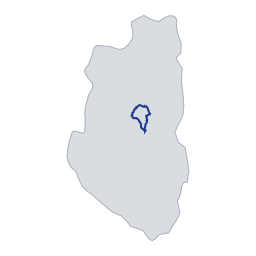 location of Langthil, Tongsa, Bhutan, rotated 270°
{"feature_id": "84629894B85731212133965", "entity_name": "Langthil", "entity_type": "district", "adm_level": 2, "iso_a3": "BTN", "parent_name": "Bhutan", "parent_adm1": "Tongsa", "projection": "orthographic", "projection_center": [90.569, 27.339], "detail": "fine", "context": "in_parent", "style": "outline", "palette": "blue", "viewbox_px": 256, "rotation_deg": 270, "n_neighbors": 0, "source": "geoboundaries", "source_scale": "gbopen_adm2", "svg_char_len": 4854}
<svg xmlns="http://www.w3.org/2000/svg" viewBox="0 0 256 256"><g transform="rotate(270 128 128)"><path d="M209.9,108.6L209.6,110.3L207.7,114.9L206.5,119.9L207.6,124.0L211.9,128.8L217.6,132.6L224.9,132.8L231.6,131.3L234.3,131.8L238.0,138.3L240.6,143.9L237.2,149.7L235.3,154.8L234.7,158.4L235.1,159.9L237.3,162.8L239.9,167.8L240.3,172.3L238.7,175.4L235.3,176.9L231.6,176.5L228.5,176.6L224.7,177.2L218.8,178.9L213.2,181.2L202.8,180.8L198.6,176.4L196.7,176.4L187.2,182.3L176.9,181.3L158.1,183.3L150.2,183.8L142.2,183.1L138.1,181.9L130.5,177.8L123.6,174.8L116.6,177.5L114.2,178.0L108.5,185.0L96.3,187.3L84.2,188.9L80.6,188.0L73.8,187.5L73.6,185.9L73.8,184.3L72.2,183.0L69.5,181.6L64.7,181.1L58.6,179.3L55.1,177.5L42.6,179.9L35.4,176.1L27.3,170.9L23.1,168.6L21.7,160.7L20.3,158.2L17.1,155.4L15.4,152.3L16.9,149.1L25.1,143.2L25.8,141.8L29.7,130.6L35.0,126.6L40.2,121.0L44.2,112.1L51.8,102.9L60.2,93.5L65.9,85.9L69.7,82.3L77.5,78.5L84.0,76.3L88.5,71.2L93.9,68.3L99.5,67.1L107.7,67.8L115.5,69.7L124.0,72.2L124.9,74.3L124.2,78.0L123.0,81.7L122.9,83.6L124.2,84.6L132.6,85.4L142.8,84.8L148.5,85.3L161.3,88.7L165.0,91.1L168.9,92.9L172.7,92.6L177.5,88.6L182.6,85.2L185.8,84.7L188.0,85.7L192.1,88.9L200.5,91.9L208.1,94.1L210.5,96.2L209.8,105.5L209.9,108.6Z" fill="#d9dde1" stroke="#a8b0b8" stroke-width="1"/><path d="M125.8,145.7L126.1,145.4L126.2,145.1L126.3,145.0L126.7,144.8L126.9,144.7L127.0,144.7L127.6,144.7L127.9,144.7L128.4,144.9L128.9,145.0L129.2,145.1L129.3,145.1L129.7,145.2L129.9,145.3L130.1,145.4L130.2,145.5L130.4,145.5L130.7,145.4L130.9,145.4L131.1,145.4L131.3,145.4L131.8,145.6L132.0,145.8L132.3,146.0L132.5,146.0L132.8,146.1L133.0,146.3L133.1,146.6L133.3,146.7L133.5,146.8L133.8,146.8L134.0,146.8L134.4,146.9L134.8,146.9L135.0,147.0L135.3,147.0L135.4,146.9L135.5,147.1L135.8,147.1L136.0,147.0L136.1,146.9L136.3,146.9L136.4,147.0L136.5,146.9L136.8,146.9L137.0,146.8L137.3,146.8L137.5,146.8L137.8,146.8L138.0,146.7L138.3,146.6L138.5,146.6L138.8,146.7L139.0,146.5L139.2,146.4L139.3,146.3L139.5,146.3L139.7,146.2L139.9,146.2L140.1,146.2L140.1,146.3L140.0,146.6L140.2,146.9L140.3,147.0L140.5,147.3L140.7,147.5L140.8,147.5L141.0,147.7L141.0,147.8L141.1,148.0L141.1,148.4L141.2,148.6L141.3,148.7L141.4,148.9L141.5,149.0L141.7,149.4L141.7,149.5L141.9,149.5L142.0,149.7L142.1,149.9L142.2,150.0L142.3,149.9L142.5,149.7L142.8,149.5L143.1,149.5L143.4,149.4L143.5,149.3L143.7,149.1L143.8,149.1L144.0,148.9L144.5,148.7L144.8,148.7L145.1,148.6L145.3,148.5L145.7,148.3L146.4,148.2L146.5,148.1L146.9,147.9L147.1,147.9L147.3,147.9L147.7,147.8L147.8,147.7L148.0,147.6L148.2,147.4L148.4,147.3L148.5,147.2L148.7,146.9L149.0,146.7L149.4,146.4L149.4,146.2L149.4,145.9L149.5,145.9L149.4,145.7L149.3,145.4L149.5,145.2L149.5,144.9L149.4,144.7L149.5,144.5L149.5,144.4L149.3,144.4L149.3,144.2L149.2,144.1L149.2,143.9L149.3,143.9L149.2,143.8L149.2,143.7L149.3,143.6L149.4,143.4L149.4,143.2L149.5,143.0L149.5,142.9L149.6,142.7L149.8,142.1L149.9,141.9L150.0,141.8L150.1,141.7L150.3,141.3L150.4,141.2L150.6,141.0L150.7,140.9L150.7,140.5L150.7,140.4L150.8,140.2L150.8,139.9L150.8,139.7L150.8,139.4L150.8,139.2L150.7,138.9L150.4,138.6L149.9,138.3L149.8,138.1L149.7,137.9L149.7,137.7L149.5,137.4L149.4,137.3L149.1,137.2L148.8,137.0L148.8,136.8L148.7,136.8L148.7,136.7L148.5,136.8L148.4,136.7L148.2,136.6L148.2,136.4L148.2,136.2L147.8,135.7L147.7,135.6L147.5,135.4L147.1,135.4L147.1,135.2L146.9,134.9L146.6,134.7L146.6,134.4L146.1,134.3L145.9,134.3L145.7,134.2L145.3,133.8L144.6,133.7L144.2,133.5L143.8,133.5L143.7,133.4L143.4,133.2L143.3,132.9L143.3,132.7L143.2,132.4L142.6,132.2L142.4,132.2L142.1,132.2L141.7,132.3L141.3,132.2L141.1,132.2L140.7,132.1L140.6,131.9L140.4,131.6L140.1,131.8L140.1,132.0L139.9,132.2L139.7,132.3L139.5,132.5L139.2,132.5L138.9,132.7L138.8,132.8L138.5,132.8L138.3,132.8L138.1,133.0L137.9,133.3L137.8,133.5L137.8,133.8L137.8,134.0L137.8,134.4L137.8,134.7L137.8,134.9L137.9,135.0L137.9,135.3L138.0,135.6L137.9,135.7L138.0,136.4L137.8,136.6L137.7,136.7L137.6,136.8L137.4,136.9L137.4,137.2L137.3,137.3L137.1,137.5L136.9,137.8L136.7,138.0L136.4,138.3L136.3,138.5L136.1,138.7L135.9,138.8L135.6,138.8L135.4,138.9L135.2,139.1L134.9,139.2L134.8,139.3L134.6,139.4L134.5,139.5L134.4,139.6L134.1,139.6L133.9,139.8L133.7,139.8L133.5,140.1L133.4,140.3L133.1,140.5L132.9,140.5L132.6,140.6L132.2,140.7L132.0,140.8L131.8,140.9L131.7,140.9L131.6,141.0L131.3,141.0L131.2,141.0L130.8,141.1L130.6,141.1L130.4,141.1L130.1,141.0L129.9,141.0L129.7,141.0L129.3,141.1L129.1,141.1L128.8,141.0L128.6,141.0L128.4,141.1L128.4,141.3L128.3,141.5L128.2,141.5L127.8,141.8L127.7,141.9L127.0,142.6L126.8,142.9L126.6,143.1L126.4,143.2L126.4,143.3L126.2,143.5L126.1,143.8L126.0,144.0L125.9,144.2L125.8,144.3L125.7,144.4L125.6,144.5L125.2,144.7L125.1,144.8L124.8,145.0L124.7,145.0L125.0,145.2L125.2,145.3L125.3,145.5L125.5,145.6L125.8,145.7Z" fill="none" stroke="#1e3a8a" stroke-width="2"/></g></svg>